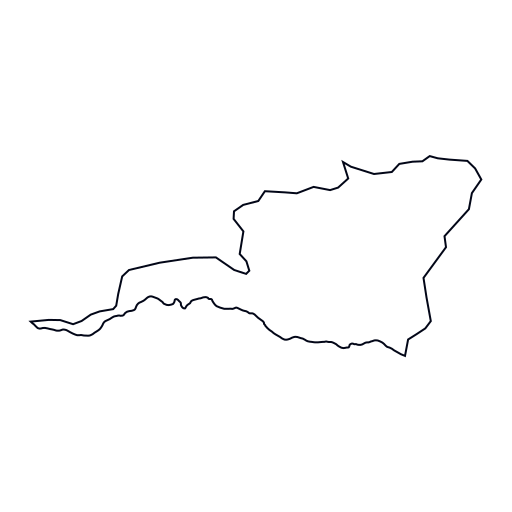 Satéma, Basse-Kotto, Central African Republic (orthographic projection)
{"feature_id": "33826404B54558554669564", "entity_name": "Satéma", "entity_type": "district", "adm_level": 2, "iso_a3": "CAF", "parent_name": "Central African Republic", "parent_adm1": "Basse-Kotto", "projection": "orthographic", "projection_center": [21.777, 4.375], "detail": "fine", "context": "isolated", "style": "outline", "palette": "ink", "viewbox_px": 512, "rotation_deg": 0, "n_neighbors": 0, "source": "geoboundaries", "source_scale": "gbopen_adm2", "svg_char_len": 3826}
<svg xmlns="http://www.w3.org/2000/svg" viewBox="0 0 512 512"><path d="M343.0,162.0L348.2,178.5L338.1,187.6L330.1,190.1L313.6,186.9L296.8,193.3L285.4,192.4L264.9,191.2L258.3,201.0L243.2,204.9L234.0,211.3L233.6,218.9L243.4,231.4L239.7,254.0L246.4,261.3L249.3,270.7L246.1,273.9L234.2,270.0L215.9,257.4L192.8,257.7L159.7,262.7L129.0,270.0L122.2,276.4L118.2,294.0L116.2,305.7L113.2,309.1L99.7,311.4L90.8,314.6L81.6,321.0L73.1,324.2L60.3,320.1L48.8,319.9L30.7,321.6L32.5,323.3L33.9,324.3L35.7,326.2L37.6,328.0L38.4,328.3L39.6,328.6L40.9,328.5L42.8,328.0L44.9,327.9L47.5,328.4L50.3,329.1L52.0,329.4L53.8,329.8L56.3,330.6L58.0,330.7L59.7,330.6L61.2,330.1L62.5,329.6L63.6,329.5L64.9,329.7L66.1,330.0L67.2,330.5L70.0,332.1L72.7,333.5L75.3,334.6L77.2,335.2L79.3,335.2L81.0,335.0L82.2,335.2L83.8,335.5L88.3,335.7L89.8,335.5L91.0,335.0L92.6,334.2L94.7,332.6L96.5,331.5L98.5,330.2L99.9,329.0L101.0,327.6L101.9,326.2L102.6,324.9L103.1,323.7L103.9,322.4L105.2,321.2L109.7,319.1L111.8,317.7L113.7,316.6L115.1,316.2L116.9,315.9L117.9,315.6L119.2,315.5L120.6,315.8L122.6,315.6L123.6,315.1L124.4,314.0L125.3,312.9L127.1,311.7L129.3,311.1L131.7,310.8L133.9,310.1L134.9,309.4L135.5,308.4L136.0,307.0L136.8,305.2L138.0,303.7L139.3,302.7L141.0,302.0L143.4,300.8L144.7,299.9L147.1,297.8L148.3,297.0L150.0,296.4L151.5,296.4L152.7,296.7L155.4,297.7L156.8,298.2L158.3,298.9L161.1,301.0L162.5,302.0L162.9,302.6L163.7,303.6L165.0,304.2L166.7,304.9L168.6,305.1L169.9,304.9L171.6,304.5L173.1,303.9L173.9,302.8L174.3,302.0L174.6,301.0L174.7,300.2L174.9,299.7L175.4,299.3L176.0,299.1L177.1,299.3L178.0,299.9L179.0,301.0L180.2,302.1L180.7,302.7L180.9,303.6L180.9,304.5L181.1,305.5L181.7,306.4L182.1,307.1L182.6,307.6L183.4,308.2L184.4,308.4L185.0,308.4L185.3,308.1L185.8,307.2L186.4,306.1L187.5,304.9L189.6,303.5L190.1,303.1L190.9,301.6L191.5,300.9L193.1,300.1L194.9,299.6L197.2,299.0L198.9,298.5L200.6,298.3L203.1,297.4L204.5,297.2L205.9,297.1L207.5,297.6L208.0,297.9L208.5,298.7L209.2,299.0L209.8,299.0L210.5,299.0L211.2,299.1L211.9,299.6L212.5,301.1L213.5,302.7L214.9,304.6L216.5,306.1L218.4,306.9L220.1,307.6L221.8,308.1L224.2,308.8L226.6,308.8L228.6,308.8L230.5,308.7L232.4,308.9L233.5,308.6L234.5,308.2L235.6,307.7L236.4,307.6L237.4,307.9L240.9,309.6L242.7,310.4L244.5,310.9L246.0,311.2L247.3,311.8L248.2,312.4L248.9,313.0L249.6,313.3L252.0,313.3L252.9,313.5L254.5,314.4L258.1,317.8L262.7,321.1L263.6,322.1L263.9,322.6L264.0,323.1L264.0,323.8L264.4,324.3L265.3,325.4L265.6,326.2L266.3,326.8L267.2,327.9L269.4,329.9L271.9,331.6L273.6,333.1L275.4,334.3L280.1,337.0L282.0,338.4L283.6,339.2L285.0,339.7L286.6,339.7L288.0,339.4L289.6,338.9L290.9,338.3L292.0,337.7L293.7,337.1L295.1,336.8L297.3,337.0L298.9,337.5L300.7,338.1L302.8,338.6L303.9,339.2L305.2,339.9L306.4,340.7L307.9,341.3L309.9,341.7L311.8,341.9L313.7,342.2L314.7,342.3L318.3,342.3L320.3,342.1L322.6,341.9L324.2,341.9L325.4,341.6L326.4,341.5L327.6,341.8L328.8,342.0L331.2,342.0L332.6,342.4L334.5,343.3L336.3,344.3L337.6,345.5L339.1,346.5L341.4,347.7L343.4,348.1L345.0,347.9L345.9,347.7L346.9,347.5L347.8,347.5L348.6,347.4L348.9,347.1L349.3,346.2L349.5,345.4L349.7,344.8L350.5,344.1L351.7,343.6L352.8,343.6L353.5,343.9L354.3,344.2L356.0,344.1L356.7,344.4L357.6,344.7L359.0,344.9L360.5,344.9L362.3,344.4L363.9,343.5L365.2,342.8L366.2,342.5L367.3,342.4L368.5,342.4L369.8,342.0L370.8,341.5L372.1,341.2L374.4,340.4L375.9,340.3L377.8,340.5L380.3,341.5L382.4,342.6L384.0,343.9L385.7,345.7L387.2,346.9L389.6,347.6L392.0,348.8L394.0,350.3L398.8,353.0L400.9,354.2L405.0,355.9L408.1,339.5L416.5,334.2L425.3,328.4L430.8,321.1L426.5,297.4L423.5,277.9L446.0,247.2L444.5,236.2L468.9,209.2L471.9,193.1L481.3,179.5L475.1,168.4L467.4,160.9L449.4,159.6L437.8,158.3L429.7,156.1L422.4,161.3L412.6,161.7L399.3,163.9L391.8,172.0L374.0,174.0L350.9,166.7L343.0,162.0Z" fill="none" stroke="#020617" stroke-width="2"/></svg>